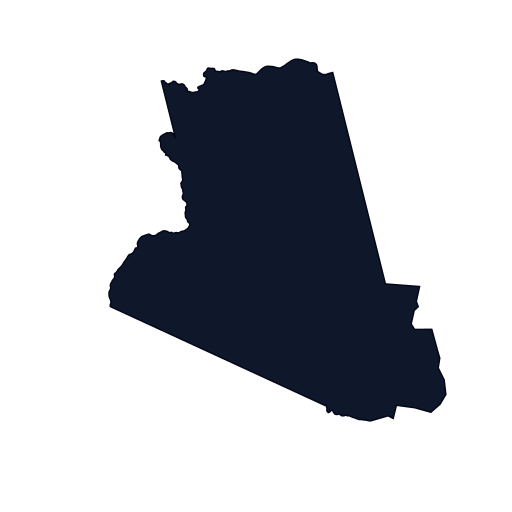 the district of Koroba/Kopiago District, Southern Highlands, Papua New Guinea, rotated 346°
{"feature_id": "67681753B5215612812424", "entity_name": "Koroba/Kopiago District", "entity_type": "district", "adm_level": 2, "iso_a3": "PNG", "parent_name": "Papua New Guinea", "parent_adm1": "Southern Highlands", "projection": "mercator", "projection_center": [142.383, -5.438], "detail": "fine", "context": "isolated", "style": "filled", "palette": "ink", "viewbox_px": 512, "rotation_deg": 346, "n_neighbors": 0, "source": "geoboundaries", "source_scale": "gbopen_adm2", "svg_char_len": 5950}
<svg xmlns="http://www.w3.org/2000/svg" viewBox="0 0 512 512"><g transform="rotate(346 256 256)"><path d="M206.5,63.4L206.5,122.3L205.2,117.5L204.6,116.6L204.0,116.0L203.0,115.5L201.2,115.5L199.8,115.0L198.8,115.0L198.2,115.1L197.0,115.5L195.4,115.7L192.7,116.8L192.1,117.2L191.7,117.7L191.7,117.8L190.8,119.2L190.1,120.0L190.1,120.9L190.3,121.1L190.6,121.3L190.9,121.6L190.9,121.8L191.1,122.0L190.8,122.9L190.7,123.4L190.7,124.1L190.2,125.7L190.1,126.7L190.1,128.3L190.3,129.4L190.7,130.5L191.5,131.2L191.5,131.5L191.6,131.8L191.7,132.1L192.2,133.2L192.9,133.7L193.3,134.4L193.3,134.7L193.1,135.3L192.7,136.1L193.7,136.6L195.3,138.1L195.8,138.8L196.0,139.3L196.0,139.6L196.2,140.9L196.6,141.8L197.3,142.5L197.3,142.8L198.3,143.9L199.4,144.6L200.2,145.3L200.6,146.0L201.0,146.4L202.1,148.0L202.5,148.4L202.8,148.9L202.8,149.9L202.6,150.8L202.6,152.6L203.3,153.8L204.0,154.6L204.4,155.2L204.5,155.6L204.5,156.1L204.1,158.0L204.1,159.0L204.0,159.8L203.8,160.0L203.6,161.1L203.4,164.1L202.8,165.3L202.4,165.8L201.7,166.5L201.4,166.6L201.1,166.8L200.7,167.3L200.7,168.0L200.5,169.5L200.4,171.3L200.6,171.8L200.6,172.2L200.9,173.1L201.0,173.6L201.0,174.4L200.8,174.8L200.7,176.2L200.8,176.3L200.8,176.6L200.6,177.9L200.4,178.3L199.3,179.7L199.0,180.4L198.9,181.0L198.7,181.3L198.7,182.9L198.8,183.1L199.8,184.6L201.0,186.1L201.3,186.5L201.6,187.3L201.6,188.2L201.7,188.7L201.6,189.4L201.4,189.9L201.1,190.4L200.7,190.8L200.1,191.1L199.7,191.5L199.4,192.1L199.3,193.2L199.1,194.4L198.8,195.1L198.6,195.3L198.6,195.5L197.9,196.5L197.6,197.3L197.6,198.2L197.4,199.4L197.2,200.0L197.1,200.6L197.1,201.5L197.2,201.9L198.0,203.6L198.1,204.1L198.1,204.6L198.0,205.9L198.1,206.3L198.4,206.9L198.9,207.3L199.2,208.0L199.4,208.7L199.4,209.3L199.2,209.8L198.9,210.4L197.5,211.9L196.6,212.6L195.4,213.2L194.6,213.5L194.0,213.9L193.6,213.9L193.1,214.1L191.6,214.3L189.7,214.1L189.1,214.2L186.9,214.8L186.3,214.8L185.9,214.7L184.1,213.9L183.1,213.9L183.0,214.0L181.8,214.0L181.1,213.8L180.1,212.9L179.6,212.6L178.8,212.6L177.7,212.4L177.0,211.9L175.7,210.6L173.3,209.4L171.5,209.2L171.2,209.4L168.9,209.9L168.6,210.1L168.2,210.1L167.9,210.2L166.9,210.3L166.2,210.5L165.7,210.8L165.4,211.2L165.1,211.3L164.9,211.5L164.4,211.5L163.9,211.6L161.9,211.7L160.3,211.3L159.4,210.8L158.6,209.8L158.0,209.2L157.1,208.8L156.6,208.8L156.2,208.9L155.7,209.0L154.8,209.1L154.7,209.0L153.5,209.0L152.4,209.3L150.5,209.3L149.3,209.8L147.0,211.3L145.0,213.4L144.4,214.2L143.9,215.3L143.9,217.1L143.7,218.1L143.6,218.3L143.6,218.5L143.0,219.1L142.6,219.3L141.9,219.3L141.8,219.2L141.2,219.2L141.0,219.3L140.2,220.1L138.9,221.8L137.6,222.9L136.6,223.5L135.3,223.9L133.5,223.9L132.4,224.7L132.0,225.1L131.6,225.3L130.1,227.0L129.7,227.3L129.2,227.8L128.8,228.0L127.7,229.1L127.3,229.4L126.9,229.6L124.1,232.5L121.8,234.1L119.3,235.5L118.6,236.1L117.6,237.2L116.7,237.8L116.3,238.2L115.4,238.7L115.0,238.7L114.6,239.0L114.2,239.4L114.1,239.8L114.1,240.9L113.8,242.1L113.5,242.6L113.1,243.1L112.9,243.4L110.9,244.9L110.4,245.4L110.0,246.0L108.5,247.5L108.1,248.1L107.5,249.3L107.4,250.0L107.5,251.0L106.9,252.7L106.5,253.4L105.0,254.9L104.5,256.0L104.5,256.5L104.1,257.4L103.8,259.6L103.8,260.8L103.9,261.7L104.1,262.1L104.2,262.9L104.2,265.4L104.0,266.2L102.9,267.9L102.4,269.4L102.9,270.2L286.5,417.5L287.6,417.1L287.9,417.3L288.1,417.5L287.7,418.5L287.8,419.2L288.1,420.0L288.1,420.3L287.7,422.2L287.3,423.1L287.4,423.8L287.6,424.4L288.0,425.0L288.4,425.4L289.3,425.4L290.3,424.8L291.5,424.0L292.2,424.1L292.6,424.4L293.1,424.8L293.3,425.3L293.3,426.1L293.5,426.7L293.9,427.6L294.3,428.4L294.8,428.8L295.2,429.0L295.8,429.1L296.3,429.5L297.6,429.4L298.1,429.4L298.7,429.7L299.3,430.3L300.0,431.3L300.4,431.6L301.1,432.0L302.3,432.2L303.3,432.3L305.7,432.2L305.7,432.9L305.9,433.1L307.4,433.5L307.8,433.6L311.2,436.2L311.7,436.3L316.2,439.5L318.5,440.1L320.9,441.1L322.7,441.8L324.0,442.1L324.4,442.6L324.9,442.7L325.5,443.1L327.3,443.7L345.5,443.0L349.8,446.8L356.1,434.8L373.3,441.6L387.9,449.9L398.8,444.3L406.7,436.3L408.6,421.7L405.7,408.7L409.6,399.5L409.3,393.1L408.8,369.7L392.1,365.6L390.1,359.5L396.3,347.1L401.2,344.4L400.5,338.9L407.3,325.2L374.8,314.4L374.8,96.5L372.3,96.5L371.6,96.6L369.9,96.5L369.2,96.7L368.6,97.0L366.2,96.5L364.7,96.0L363.5,95.1L361.5,93.0L360.1,91.6L360.1,91.3L360.7,89.9L360.5,89.2L361.0,87.1L360.9,86.9L361.0,84.9L359.7,83.1L358.1,82.3L356.7,82.0L355.3,81.9L354.0,80.7L349.9,78.0L347.4,76.5L343.8,75.0L341.6,74.6L340.2,74.6L337.4,75.2L332.7,76.8L331.5,77.4L329.6,78.2L327.2,78.9L325.3,79.4L324.3,79.3L322.9,78.9L318.0,76.2L313.2,74.7L312.1,74.6L310.5,74.7L309.3,75.0L306.5,76.1L302.1,78.7L300.7,79.6L299.5,79.7L298.0,79.1L295.8,77.6L293.8,76.4L287.9,73.8L284.8,72.7L281.1,70.8L279.6,70.1L277.8,69.6L275.5,69.9L274.5,69.9L273.0,69.5L271.4,69.9L268.5,68.3L267.2,68.1L266.5,68.4L265.6,68.6L265.1,68.4L264.8,68.1L263.6,67.8L262.7,67.3L261.7,67.0L261.3,66.7L260.9,64.1L259.7,63.6L258.8,63.4L256.5,62.7L255.6,62.2L255.0,62.1L254.4,62.2L253.7,63.0L253.4,63.6L253.0,64.1L252.5,64.5L251.5,64.9L251.0,65.3L250.2,65.6L249.5,66.1L249.0,67.3L248.9,68.5L249.0,69.1L249.3,69.4L251.1,70.3L251.2,70.6L251.2,71.0L250.5,72.0L249.9,73.3L249.2,74.1L248.5,74.9L247.8,76.0L247.4,76.2L246.8,77.1L246.2,77.2L244.9,77.3L244.1,77.5L243.3,77.7L242.3,77.7L240.7,78.1L240.2,78.6L240.2,79.1L240.5,79.6L241.2,80.2L241.5,80.7L241.3,81.1L239.2,82.5L238.9,83.1L238.5,83.2L238.4,82.7L237.7,82.3L234.9,82.2L233.8,82.0L231.5,80.7L231.1,80.3L230.6,80.1L229.8,79.8L229.3,79.5L229.5,78.9L229.4,78.1L229.6,77.2L229.3,76.5L228.9,76.2L228.9,75.6L228.4,75.2L228.0,74.6L228.0,73.8L227.9,73.0L226.5,71.4L225.9,71.1L225.0,71.0L223.7,70.9L222.7,71.0L222.3,70.8L221.8,70.1L220.9,69.4L220.5,68.7L220.3,68.1L220.0,67.5L219.3,67.0L218.5,66.5L217.9,66.5L217.1,66.9L215.7,67.6L214.7,67.5L213.8,67.7L213.4,67.9L212.9,68.7L212.4,67.8L211.4,67.6L210.9,67.0L210.8,66.5L210.5,66.1L210.0,65.8L209.7,65.5L209.5,64.3L209.0,63.7L208.3,63.4L206.5,63.4Z" fill="#0f172a" stroke="#020617" stroke-width="1.5"/></g></svg>